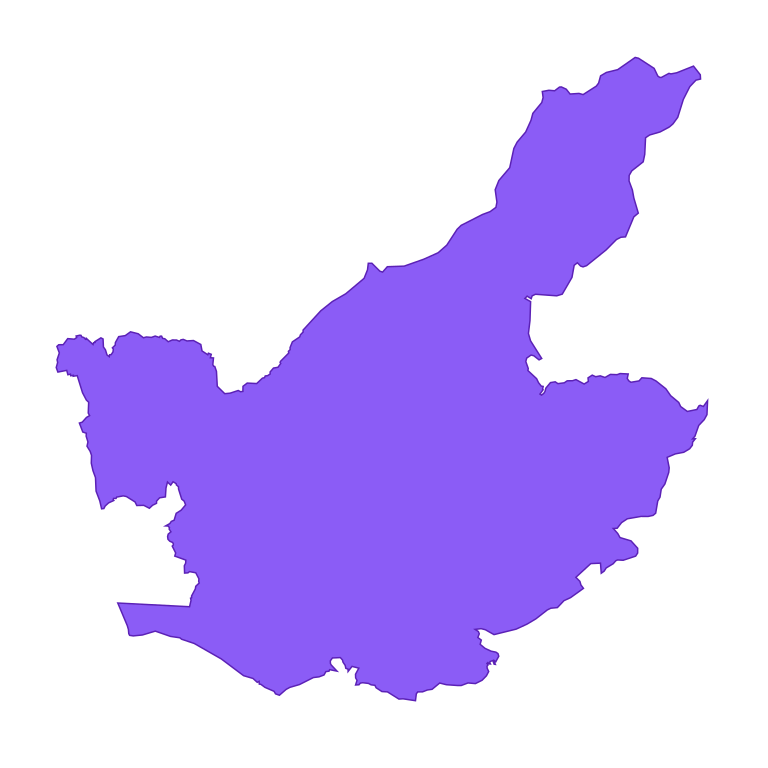 the district of Sisesti, Maramures, Romania, rotated 358°
{"feature_id": "2599482B36678783757762", "entity_name": "Sisesti", "entity_type": "district", "adm_level": 2, "iso_a3": "ROU", "parent_name": "Romania", "parent_adm1": "Maramures", "projection": "mercator", "projection_center": [23.745, 47.637], "detail": "fine", "context": "isolated", "style": "filled", "palette": "violet", "viewbox_px": 768, "rotation_deg": 358, "n_neighbors": 0, "source": "geoboundaries", "source_scale": "gbopen_adm2", "svg_char_len": 6082}
<svg xmlns="http://www.w3.org/2000/svg" viewBox="0 0 768 768"><g transform="rotate(358 384 384)"><path d="M392.1,699.3L404.4,701.6L405.5,694.7L407.0,692.9L411.8,693.0L416.7,691.3L421.4,690.8L429.2,684.8L435.8,686.7L447.1,687.9L450.7,688.0L457.5,685.7L464.9,686.6L471.7,683.5L476.2,679.2L478.6,675.0L477.2,671.7L477.1,669.6L478.1,668.5L477.1,666.9L478.1,666.0L479.3,667.4L480.6,667.5L480.0,666.4L480.4,665.0L483.1,664.2L484.3,667.9L485.5,668.1L483.6,663.5L486.0,665.5L489.2,660.1L488.5,657.4L486.5,655.9L481.6,654.7L475.7,651.7L471.0,647.5L472.3,643.3L468.9,640.6L470.5,637.0L469.7,634.7L466.5,632.4L472.5,631.9L476.7,633.1L485.2,638.3L507.5,633.6L518.5,629.0L527.6,624.0L539.3,615.5L542.9,613.9L549.5,613.5L556.3,606.8L563.0,604.0L576.2,595.2L573.8,591.7L572.9,588.1L569.0,583.9L584.4,570.7L594.1,570.6L594.5,580.7L597.5,578.7L599.6,575.6L606.8,571.6L609.5,568.7L611.3,568.0L616.9,568.5L629.5,564.8L631.6,561.8L631.8,557.0L625.4,549.4L614.5,545.7L612.4,541.6L608.1,536.4L612.0,536.3L616.6,530.8L622.5,527.2L636.3,525.3L643.3,525.6L648.3,524.7L651.0,522.6L653.5,510.5L655.9,506.7L657.4,498.8L661.2,493.8L665.5,482.3L666.1,477.7L664.4,467.2L672.8,464.0L681.2,462.7L687.2,459.4L690.0,456.0L690.4,452.9L693.2,449.6L690.5,449.6L692.9,447.1L697.1,436.4L702.8,430.8L705.7,425.9L706.8,411.9L702.4,417.6L699.2,416.3L697.9,416.9L695.8,420.4L686.2,422.0L679.7,416.9L677.9,412.7L670.1,405.7L665.5,398.6L656.0,390.5L651.3,387.8L641.9,386.8L639.0,389.8L630.8,390.9L628.7,389.3L627.3,387.0L628.4,382.5L620.3,381.8L617.3,382.8L610.6,382.3L605.1,385.2L600.4,383.4L595.8,384.1L592.4,382.4L588.1,385.0L588.3,388.6L584.0,391.0L576.0,386.3L572.5,387.3L567.2,387.2L564.2,389.1L557.8,389.7L555.2,387.8L550.4,388.4L545.6,393.8L544.7,397.0L543.3,399.0L541.0,400.6L539.5,399.5L542.8,395.3L542.3,394.7L543.0,392.0L541.1,391.6L538.5,388.1L536.7,384.0L528.3,375.6L528.7,373.5L526.5,366.5L527.5,363.1L532.0,360.2L534.7,361.0L539.8,365.3L542.5,364.0L532.0,346.0L530.1,338.6L532.1,325.7L533.4,306.8L527.8,303.4L530.1,301.2L534.1,303.9L535.1,301.1L538.5,299.6L559.7,301.9L565.3,300.4L575.6,284.0L578.2,272.0L581.5,269.6L584.6,273.0L587.0,273.9L590.6,272.8L610.6,257.8L621.4,247.7L625.9,245.6L630.5,245.4L639.5,225.7L644.1,222.1L640.2,206.9L639.0,198.7L636.0,189.7L636.3,184.1L639.1,179.6L650.8,171.0L652.6,163.6L654.0,147.0L658.2,144.4L668.8,141.7L678.3,137.0L681.9,134.1L686.9,127.7L693.1,110.0L700.0,97.5L706.4,91.2L711.0,90.3L710.9,86.0L704.4,77.1L687.4,83.2L681.6,84.1L679.6,83.5L671.9,87.3L670.3,87.2L668.4,85.8L665.0,78.0L649.7,67.3L646.4,66.4L628.5,78.0L617.1,80.4L611.2,83.6L609.0,90.7L606.6,93.7L593.1,101.7L589.0,100.4L580.1,100.7L576.4,95.7L571.6,93.3L569.7,93.4L564.8,96.9L559.0,96.2L552.4,97.2L553.0,103.3L551.5,108.2L542.2,118.7L540.1,125.6L534.4,137.1L525.5,146.9L522.0,153.1L517.2,172.2L505.9,184.6L501.9,193.7L503.2,206.2L502.0,211.4L495.9,215.5L488.4,218.0L466.7,228.1L462.5,231.9L451.6,247.4L442.7,254.7L428.0,260.7L408.3,266.9L391.4,266.9L386.5,272.1L383.8,271.1L376.1,262.9L372.5,262.8L371.5,269.3L367.8,277.7L348.9,292.5L335.2,299.8L323.4,308.6L305.0,327.3L305.0,329.2L302.2,331.9L301.4,334.0L293.9,338.7L291.4,344.3L291.4,346.4L289.6,348.0L289.9,349.7L281.4,357.7L280.9,358.7L281.5,359.9L278.6,363.6L274.1,364.2L270.6,368.0L270.6,370.0L268.0,371.6L265.6,371.8L264.8,373.5L262.7,373.9L256.8,379.1L247.3,378.3L243.0,381.4L242.7,386.5L240.3,386.7L238.1,385.4L229.8,387.8L224.5,388.1L217.3,380.5L217.0,365.5L215.5,360.6L214.4,360.3L213.6,358.7L214.5,352.0L211.4,351.7L212.4,348.3L209.6,347.1L208.9,348.6L203.3,344.6L202.3,338.1L195.1,333.9L188.6,334.1L184.9,332.4L182.6,332.8L181.0,334.2L178.2,332.8L174.0,332.6L169.8,334.2L166.5,331.1L164.4,330.7L163.4,328.4L161.9,328.4L161.1,329.6L157.0,328.1L153.2,329.3L148.1,328.7L145.2,329.4L140.1,325.2L132.5,323.0L127.1,326.6L120.5,327.4L117.0,333.2L116.7,335.8L113.8,338.4L114.7,339.6L114.3,342.4L112.4,345.1L110.8,345.2L110.4,347.1L108.2,345.3L106.8,340.1L104.9,337.2L104.8,329.2L102.7,328.0L96.5,331.6L96.7,332.4L95.2,332.6L94.6,334.4L88.1,328.0L87.9,329.0L87.3,329.0L85.7,327.1L83.5,326.3L82.9,324.8L81.7,324.6L78.0,325.3L78.5,326.8L76.1,328.4L69.5,327.6L64.8,333.5L60.3,333.4L58.4,335.0L60.6,341.6L58.1,348.4L58.6,351.1L57.0,356.1L58.5,360.7L67.4,359.3L68.4,363.7L71.0,363.2L71.2,364.8L73.8,364.5L73.7,365.4L77.7,364.9L82.4,382.2L86.0,389.7L88.2,391.9L87.4,402.7L88.7,405.3L85.5,407.0L81.1,411.6L78.2,412.4L81.3,421.5L84.8,422.8L84.5,425.7L86.1,431.6L85.0,435.8L88.0,441.1L89.2,445.1L88.7,452.9L90.1,460.4L92.4,467.5L92.5,481.0L95.9,491.0L97.4,498.9L99.7,498.7L101.1,496.2L104.6,493.2L109.9,491.0L109.3,490.2L109.7,488.9L112.2,489.0L112.9,487.7L119.5,486.7L122.7,487.5L131.1,493.2L132.7,496.8L139.7,496.9L145.2,500.0L148.5,497.1L152.5,495.3L152.6,493.1L155.8,489.9L161.6,489.2L162.5,480.3L164.2,474.4L167.3,477.6L169.8,474.3L172.8,476.3L173.0,477.6L175.0,479.5L175.0,481.8L177.8,492.0L180.2,494.1L181.5,497.9L176.9,503.0L171.8,506.0L169.5,512.8L166.6,513.9L165.1,516.0L160.8,518.2L163.2,518.4L164.6,520.1L164.2,521.5L165.9,524.3L163.1,526.5L162.4,528.9L162.7,531.7L164.5,533.7L167.2,535.0L167.9,536.4L167.8,537.6L166.7,538.6L169.9,545.6L168.9,548.7L179.8,553.1L179.5,556.2L178.1,558.7L178.1,566.0L181.5,565.9L183.1,564.7L189.3,566.1L192.2,572.2L191.9,574.9L192.4,576.4L188.8,579.6L188.3,582.2L184.3,589.1L184.3,590.9L183.2,591.3L183.6,593.4L181.9,599.8L110.3,593.6L119.0,616.5L120.0,620.4L120.2,624.6L121.0,626.3L124.6,627.0L133.8,626.4L146.8,623.0L161.8,628.8L171.1,630.5L172.8,632.0L185.3,636.7L211.8,653.1L233.5,670.6L242.8,673.7L246.9,677.7L248.8,676.8L248.9,679.6L250.4,679.8L254.4,683.0L263.4,687.3L264.8,689.9L268.6,691.4L275.5,685.8L279.3,683.9L289.1,681.4L303.2,674.9L308.9,674.4L313.9,672.7L315.9,669.4L319.0,669.1L319.7,667.6L327.0,669.3L321.4,662.9L320.7,661.4L320.7,658.8L322.9,656.0L330.8,655.9L332.9,658.4L333.3,660.5L335.4,663.9L335.9,666.8L338.1,667.7L338.1,670.0L342.2,665.1L348.9,667.1L345.4,673.1L345.4,676.7L346.7,679.2L345.1,683.8L348.5,683.7L349.9,682.1L352.3,681.8L358.1,682.7L360.6,684.2L364.4,684.8L365.5,687.3L371.2,691.3L376.7,691.8L387.9,699.4L392.1,699.3Z" fill="#8b5cf6" stroke="#5b21b6" stroke-width="1.5"/></g></svg>